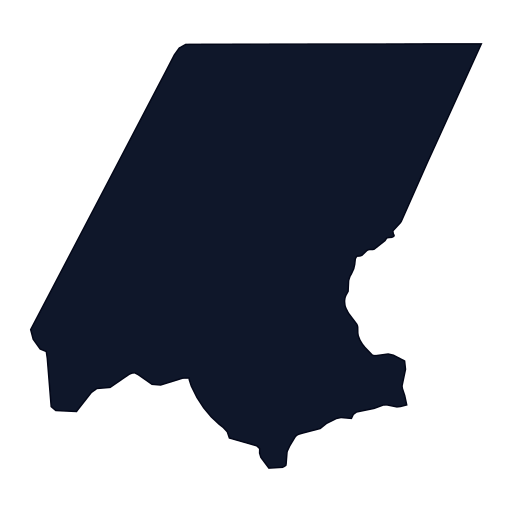 Huehuetenango, Robinson projection
{"feature_id": "GTM-1943", "entity_name": "Huehuetenango", "entity_type": "Department", "adm_level": 1, "iso_a3": "GTM", "parent_name": "Guatemala", "parent_adm1": "", "projection": "robinson", "projection_center": [-91.471, 15.613], "detail": "fine", "context": "isolated", "style": "filled", "palette": "ink", "viewbox_px": 512, "rotation_deg": 0, "n_neighbors": 0, "source": "natural_earth", "source_scale": "10m", "svg_char_len": 1751}
<svg xmlns="http://www.w3.org/2000/svg" viewBox="0 0 512 512"><path d="M30.7,329.6L45.9,300.6L78.0,239.3L110.1,178.0L138.0,124.6L157.8,86.7L165.3,72.4L174.4,54.8L179.3,48.0L185.8,44.4L204.2,44.3L260.1,44.2L316.0,44.1L371.9,44.1L427.7,43.9L481.3,43.9L431.6,153.2L427.7,161.7L401.3,221.3L400.4,222.7L392.8,230.9L393.3,233.9L393.8,234.7L394.1,235.8L393.3,236.6L391.8,237.3L388.3,237.6L386.7,238.0L385.0,240.6L374.1,249.2L372.8,249.5L370.2,249.5L368.9,249.6L367.8,250.0L366.9,250.5L361.9,255.3L360.2,255.9L358.7,256.1L357.4,256.0L356.3,256.9L355.3,258.8L354.7,264.4L353.7,268.8L351.3,274.0L350.0,276.2L349.1,278.9L348.6,280.6L348.1,291.3L345.8,295.5L345.0,297.7L344.8,299.0L344.6,300.5L344.6,301.9L344.9,304.8L345.1,306.0L345.5,307.2L346.4,309.4L347.0,310.3L347.4,311.3L348.6,313.4L356.8,324.3L357.4,325.7L357.7,327.1L357.8,333.0L358.2,335.7L359.9,340.1L362.3,344.1L364.8,347.3L372.4,355.2L374.0,355.6L376.4,355.6L388.2,354.0L393.4,355.2L404.6,361.0L405.5,369.3L402.0,386.0L402.4,388.6L404.7,395.6L406.7,404.9L400.5,406.5L396.9,406.9L387.0,404.9L383.3,405.0L374.1,408.4L356.5,412.0L353.3,414.4L351.4,418.4L341.0,417.5L336.3,418.5L326.5,423.4L320.2,428.5L302.6,433.1L298.5,434.3L296.5,435.4L295.0,437.1L289.7,445.9L287.3,451.1L287.0,452.3L286.1,464.0L285.8,465.4L284.1,466.5L282.5,467.3L268.9,468.1L260.9,457.4L259.6,453.1L259.7,448.6L256.7,445.8L229.4,438.0L227.3,431.8L223.2,427.4L219.2,424.3L211.2,416.8L203.7,407.8L197.0,397.5L191.3,386.0L189.3,379.8L189.0,378.0L182.8,378.1L160.6,385.0L152.0,384.3L138.3,374.7L134.7,372.8L132.0,373.1L129.3,374.2L122.4,378.9L110.1,387.4L96.8,388.5L91.3,392.5L77.6,410.0L76.5,411.5L55.8,410.5L51.2,406.6L47.3,358.4L46.3,351.5L40.2,349.0L33.2,339.2L30.7,329.6Z" fill="#0f172a" stroke="#020617" stroke-width="1.5"/></svg>